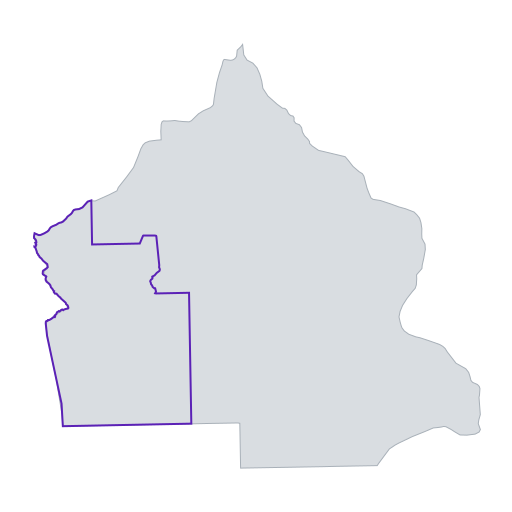 Botswana, with North-West highlighted, rotated 269°
{"feature_id": "BWA-2629", "entity_name": "North-West", "entity_type": "District", "adm_level": 1, "iso_a3": "BWA", "parent_name": "Botswana", "parent_adm1": "", "projection": "mercator", "projection_center": [23.629, -19.391], "detail": "medium", "context": "in_parent", "style": "outline", "palette": "violet", "viewbox_px": 512, "rotation_deg": 269, "n_neighbors": 0, "source": "natural_earth", "source_scale": "10m", "svg_char_len": 4454}
<svg xmlns="http://www.w3.org/2000/svg" viewBox="0 0 512 512"><g transform="rotate(269 256 256)"><path d="M282.5,34.9L281.6,37.3L281.0,40.7L281.8,43.3L283.6,46.7L286.2,49.7L288.2,51.5L290.6,55.9L292.9,61.4L296.0,65.7L305.2,75.6L306.2,79.1L307.5,82.6L313.2,89.4L314.1,91.6L313.8,96.2L319.7,110.0L323.6,118.1L326.9,119.5L337.4,128.1L346.6,135.1L357.3,139.7L365.3,142.8L369.2,145.1L371.1,147.2L372.7,151.4L373.5,158.6L373.8,163.2L382.3,163.0L389.3,163.5L391.8,164.4L392.7,165.7L392.5,168.8L392.6,173.4L392.9,177.1L392.2,181.1L391.7,185.7L391.3,191.5L392.4,193.8L399.2,201.0L402.1,205.8L405.1,212.9L406.9,215.2L408.3,216.1L414.4,216.9L430.3,219.9L440.0,222.7L447.7,225.5L451.0,226.3L452.5,227.0L453.1,227.7L452.1,234.0L452.4,236.0L453.3,237.8L454.6,239.2L456.2,240.1L462.1,240.8L465.6,244.6L467.8,246.3L457.2,247.3L452.0,250.5L448.9,256.2L444.1,260.3L437.6,263.0L430.7,264.8L423.5,265.8L415.7,270.7L407.5,279.6L403.3,285.1L403.1,287.4L401.3,289.4L397.8,291.0L395.8,293.1L395.3,295.4L393.5,296.5L390.2,296.4L387.9,298.1L386.5,301.7L383.6,303.8L379.1,304.6L375.3,306.6L372.0,309.8L369.5,311.5L367.7,311.5L365.0,314.1L360.5,320.4L359.8,323.3L353.7,346.9L350.3,349.7L343.9,354.5L338.6,360.4L336.4,363.8L333.9,365.3L321.9,368.2L317.4,369.8L312.0,372.0L310.6,374.0L309.3,381.3L305.6,391.9L302.6,399.6L300.6,406.4L297.2,414.8L294.2,417.7L290.9,420.2L286.5,421.5L280.5,422.3L275.0,422.1L270.8,422.2L264.9,425.2L259.5,425.4L250.8,423.7L243.8,422.0L240.6,421.7L234.4,416.2L230.4,416.3L224.3,415.8L220.9,414.6L217.7,411.7L210.9,406.2L204.1,401.7L198.1,399.1L192.6,397.9L187.3,399.0L183.2,400.1L181.6,400.7L178.4,403.0L175.1,407.4L172.4,414.3L171.4,418.5L168.3,427.4L164.3,438.1L162.4,441.2L160.2,443.5L156.7,445.6L145.3,454.1L139.6,463.8L135.9,466.6L131.6,467.9L127.9,468.7L125.9,470.3L123.6,475.2L121.7,476.9L119.5,477.6L112.9,477.0L110.8,476.5L93.5,477.5L88.2,475.9L84.5,475.3L78.6,477.3L76.1,476.0L74.1,472.0L73.2,463.8L73.5,456.9L76.7,451.7L79.3,447.8L82.0,442.9L82.3,440.6L81.8,438.6L81.3,434.5L81.0,430.3L77.3,421.2L72.7,409.1L66.5,395.6L64.6,391.9L60.8,386.0L46.5,375.0L44.3,373.5L44.3,372.2L44.3,361.5L44.3,347.3L44.3,333.1L44.2,319.0L44.2,304.9L44.2,290.8L44.2,276.7L44.2,262.7L44.2,248.7L44.2,236.9L54.5,236.9L67.2,236.9L82.3,236.9L89.0,236.9L89.4,235.0L89.4,226.4L89.4,206.6L89.3,186.8L89.3,167.2L89.3,147.5L89.2,127.9L89.2,108.4L89.2,88.9L89.2,69.5L89.1,59.9L100.8,59.3L114.2,57.3L136.0,54.2L156.2,50.2L169.4,47.9L185.1,45.2L190.5,44.7L191.9,45.1L194.1,46.0L201.3,55.7L205.9,63.1L206.8,66.3L207.6,66.6L209.8,66.1L212.2,64.9L219.6,57.5L221.1,55.6L225.8,52.0L231.5,48.4L236.7,45.8L241.9,43.7L244.3,44.2L247.1,46.1L249.7,47.2L261.5,38.3L266.7,36.3L280.6,34.7L282.5,34.9Z" fill="#d9dde1" stroke="#a8b0b8" stroke-width="1"/><path d="M282.6,35.0L280.7,39.0L280.7,40.4L281.0,41.5L282.4,44.8L284.2,48.0L285.4,49.3L287.0,50.2L288.3,51.3L289.3,53.1L290.7,56.8L292.2,59.1L292.6,60.1L293.0,62.1L293.8,63.7L296.8,66.9L298.3,67.9L298.9,68.5L301.1,71.6L302.4,72.8L304.1,73.7L305.2,74.7L305.7,76.4L306.0,79.9L307.6,83.4L313.3,88.6L314.5,92.3L270.4,92.3L270.5,140.0L278.2,143.4L278.4,143.7L278.2,155.4L277.9,156.5L277.4,156.7L248.5,159.1L246.4,158.9L244.8,159.5L243.9,159.6L242.8,159.2L240.8,156.4L238.4,154.3L237.2,151.9L236.6,151.9L236.0,152.2L235.1,151.9L234.0,150.5L232.8,149.8L232.4,149.8L231.3,150.3L229.6,150.6L228.4,151.6L226.9,152.1L225.5,153.7L225.6,154.4L225.5,154.6L222.2,155.4L220.5,154.5L220.3,155.4L220.4,188.4L89.5,188.4L89.2,59.9L111.8,59.0L179.7,45.7L192.1,44.6L193.8,44.7L194.6,45.2L194.8,46.5L195.6,46.8L195.6,48.2L196.8,50.4L198.4,52.5L198.4,53.8L199.5,54.2L200.0,53.7L200.6,54.3L201.5,55.4L203.2,56.0L203.7,57.1L204.1,57.5L204.4,57.9L204.0,58.7L205.5,60.3L205.9,61.3L205.2,62.3L205.7,62.9L206.4,65.0L206.7,67.0L207.3,67.5L208.1,67.4L209.7,66.9L210.2,66.5L211.3,65.2L212.2,65.1L212.9,64.6L217.1,60.0L217.8,59.8L219.2,58.0L221.8,55.9L221.9,54.3L223.5,53.2L224.0,53.2L224.4,53.5L224.8,52.9L226.6,51.9L228.3,50.4L230.3,49.9L231.8,48.8L234.0,46.1L235.6,45.3L236.5,45.2L237.4,45.3L239.1,46.0L239.5,45.7L240.8,43.4L241.5,42.6L242.2,42.4L244.7,42.7L245.3,43.2L246.1,44.7L246.9,45.4L247.0,46.2L248.5,47.6L251.2,47.2L251.6,47.1L252.6,45.8L255.0,43.0L257.2,41.4L258.7,39.6L260.2,39.0L260.5,38.4L261.7,38.0L262.8,37.1L264.4,36.8L267.7,35.7L268.4,35.2L268.7,34.7L269.2,34.6L269.0,35.3L270.1,36.2L270.8,35.9L271.2,36.5L271.7,36.4L273.0,35.6L273.4,36.6L274.8,36.5L276.3,35.9L277.8,34.4L279.6,34.4L282.6,35.0Z" fill="none" stroke="#5b21b6" stroke-width="2"/></g></svg>